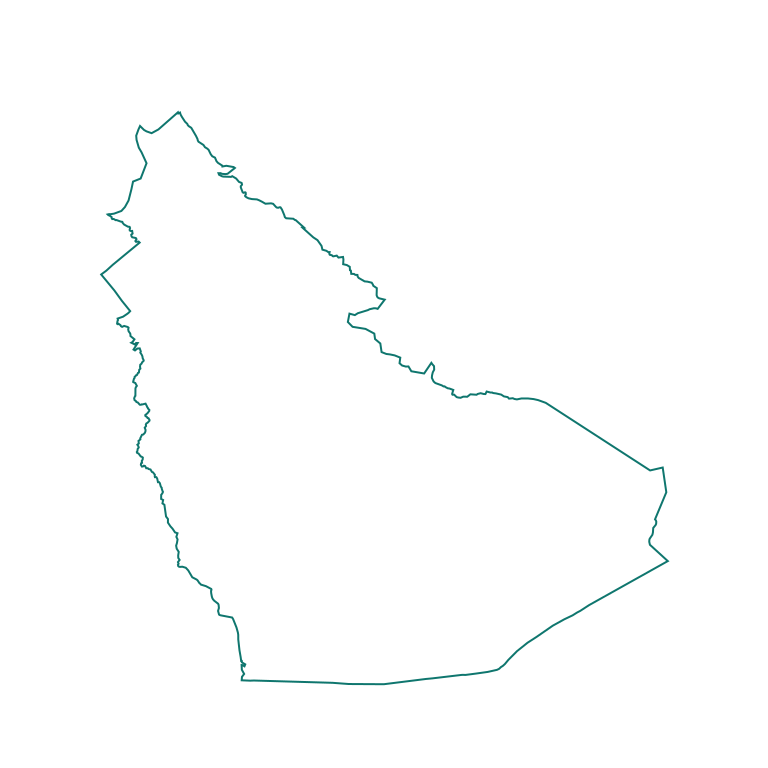 outline of Huixquilucan, México, Mexico, rotated 261°
{"feature_id": "50627088B22281598163621", "entity_name": "Huixquilucan", "entity_type": "district", "adm_level": 2, "iso_a3": "MEX", "parent_name": "Mexico", "parent_adm1": "México", "projection": "mercator", "projection_center": [-99.319, 19.371], "detail": "fine", "context": "isolated", "style": "outline", "palette": "teal", "viewbox_px": 768, "rotation_deg": 261, "n_neighbors": 0, "source": "geoboundaries", "source_scale": "gbopen_adm2", "svg_char_len": 6138}
<svg xmlns="http://www.w3.org/2000/svg" viewBox="0 0 768 768"><g transform="rotate(261 384 384)"><path d="M164.7,636.6L183.6,621.5L186.6,621.3L188.5,621.7L189.6,622.2L193.1,625.5L195.3,626.4L199.7,627.4L202.2,630.2L203.3,630.9L205.4,631.4L206.7,631.2L207.9,630.5L232.9,645.9L257.9,646.2L257.0,633.3L340.1,540.8L344.0,533.7L345.7,529.4L347.2,523.9L348.2,517.4L348.0,512.9L348.8,510.5L349.8,509.0L350.0,505.2L351.7,504.1L353.0,500.5L355.2,498.1L357.2,493.1L358.0,490.4L358.7,489.4L358.9,487.9L360.5,484.2L358.2,482.6L358.5,481.0L359.8,478.0L359.5,474.9L358.9,473.8L360.3,467.7L358.4,464.3L359.1,460.3L358.4,457.5L359.0,455.3L359.7,453.7L362.5,451.6L362.7,450.0L363.5,449.7L367.3,451.5L369.3,447.9L369.8,446.3L371.3,444.3L372.2,443.5L372.3,442.4L373.6,440.9L376.9,434.9L378.7,433.4L382.6,432.2L385.0,432.8L387.9,434.0L390.3,435.8L393.8,436.2L396.0,434.8L397.5,434.1L388.1,425.3L392.3,413.0L397.5,410.9L397.8,408.3L399.4,404.8L402.1,402.6L407.5,404.2L410.6,399.0L412.3,394.5L413.3,391.0L415.9,386.6L424.6,386.7L429.8,382.2L435.3,382.3L441.3,374.4L445.4,361.9L450.9,358.0L458.9,360.9L456.6,366.0L458.0,369.2L459.5,379.7L460.1,381.5L460.4,385.9L460.0,387.9L459.2,389.5L467.2,397.9L469.4,392.6L470.4,391.4L471.3,390.9L472.9,390.6L479.8,391.9L482.7,388.8L483.9,388.6L486.0,387.7L487.7,383.6L488.4,380.9L492.7,375.6L494.2,374.8L495.9,374.8L496.3,372.7L497.4,371.6L497.9,368.9L501.2,369.0L501.7,368.2L505.1,368.5L507.3,365.9L508.7,362.4L513.3,363.4L515.9,363.4L516.0,358.8L518.2,357.4L518.0,354.0L518.3,353.3L519.0,353.0L519.6,352.1L520.0,350.8L520.4,350.5L521.2,350.4L522.8,350.9L522.9,349.7L524.6,347.9L526.3,344.2L530.2,343.9L536.5,340.8L539.9,337.1L551.1,328.0L551.0,329.5L559.7,322.4L560.0,321.6L561.4,320.3L563.0,313.3L564.3,312.2L566.5,311.9L572.3,310.5L574.7,309.4L574.9,308.5L574.6,307.0L575.1,305.6L575.9,304.9L579.3,302.7L580.1,300.7L580.6,295.1L583.2,291.9L585.0,289.4L586.2,287.4L587.3,282.5L588.6,279.2L590.0,277.3L591.1,276.3L591.6,276.2L592.9,277.2L594.7,277.3L595.0,277.0L595.1,276.5L594.8,275.2L595.4,274.4L599.6,273.5L600.9,273.3L601.8,273.5L602.8,274.7L603.3,275.0L604.9,274.8L606.3,272.4L610.1,270.1L613.0,266.6L612.5,265.4L614.0,257.7L614.5,256.5L616.5,253.8L618.1,253.5L617.8,255.6L616.9,256.9L616.1,260.3L616.1,262.4L620.7,270.5L621.8,269.4L624.2,262.4L624.1,258.4L625.0,258.4L628.4,254.6L630.3,253.4L634.0,252.5L635.8,250.0L638.1,248.8L642.7,247.4L644.1,246.3L645.9,244.2L648.3,243.1L652.3,238.7L653.6,238.2L655.2,238.1L658.5,237.1L667.2,233.7L669.2,231.5L670.4,230.7L671.7,230.4L674.2,228.5L679.6,226.1L682.1,225.2L684.0,225.0L683.4,223.2L684.6,223.0L670.7,201.0L668.1,193.7L670.7,188.9L672.5,186.7L677.0,183.4L673.8,181.3L668.0,178.1L663.8,177.8L655.8,178.8L650.7,180.8L639.2,184.0L625.0,175.8L623.2,167.8L615.9,165.0L605.2,160.4L599.3,155.8L596.0,151.7L594.5,144.1L594.5,140.5L594.8,139.0L594.7,137.6L594.0,138.1L592.9,139.7L591.5,141.1L590.3,141.0L589.4,141.4L589.3,142.8L587.8,144.6L587.8,145.4L585.6,149.4L585.1,150.9L584.2,151.0L582.2,152.2L579.5,155.6L579.0,157.3L577.7,157.6L576.6,157.0L575.4,156.9L574.7,157.9L574.6,159.2L571.9,159.2L571.0,157.7L569.5,157.7L568.3,158.3L567.0,161.7L565.8,162.2L564.1,160.8L563.2,161.3L563.1,163.9L561.9,164.8L544.2,134.8L539.4,127.5L536.4,121.8L518.6,132.3L507.0,138.2L495.7,144.7L494.5,143.2L493.6,141.7L491.3,136.8L490.3,131.1L488.8,131.3L487.8,130.6L485.3,129.8L484.7,130.5L485.0,131.2L483.4,132.9L482.2,133.3L481.4,134.3L482.0,136.4L480.4,139.8L479.5,140.5L478.0,139.9L476.0,140.0L474.1,141.0L473.1,141.3L471.0,141.1L467.2,144.5L464.8,142.2L464.3,140.9L462.1,144.0L463.3,145.6L463.0,147.1L457.2,142.0L456.1,143.3L457.6,145.9L457.4,148.3L454.2,148.9L453.1,148.2L451.0,149.2L449.2,149.7L447.1,149.7L445.3,150.3L444.6,150.3L444.2,149.9L443.2,148.4L442.1,147.8L441.2,146.3L439.1,145.7L437.3,145.8L436.4,144.5L433.9,143.8L433.6,143.6L433.4,142.7L431.6,141.5L431.4,140.5L430.6,139.8L430.2,138.9L429.0,138.6L428.4,137.9L425.5,136.6L425.1,136.6L423.9,138.5L420.8,139.6L419.5,138.3L418.4,137.8L411.2,136.6L411.0,136.2L409.0,135.0L407.1,135.1L405.8,136.4L405.0,136.6L404.2,138.0L401.8,139.5L401.5,140.7L401.8,141.5L401.6,142.1L401.9,145.4L399.3,146.3L398.5,146.4L397.5,147.0L396.8,147.0L395.1,148.2L394.1,147.9L392.2,145.9L390.6,143.3L389.6,143.4L388.6,144.6L387.3,145.2L387.1,146.0L385.1,146.8L384.4,146.6L382.7,144.4L382.2,143.1L381.2,142.4L379.7,142.4L378.2,140.8L376.1,141.3L374.9,141.1L373.3,140.3L371.8,138.4L371.7,137.0L368.4,134.7L367.4,134.7L366.2,132.6L363.6,132.5L362.6,130.9L360.8,131.7L359.6,131.8L358.5,130.6L356.3,129.9L355.5,129.2L354.7,129.3L353.7,130.7L350.5,132.4L350.2,133.1L349.1,134.3L347.1,133.8L345.9,132.7L344.0,132.7L343.7,131.7L342.2,131.2L340.3,132.0L340.3,133.2L340.9,134.1L340.3,135.2L338.0,136.0L337.8,137.5L336.9,138.1L336.1,140.0L333.5,141.0L332.9,142.0L330.2,143.5L328.9,143.1L327.8,143.2L327.7,144.4L327.4,144.7L326.0,145.2L322.4,145.4L322.3,146.4L321.1,147.1L317.6,147.5L316.3,148.2L315.3,148.1L312.5,148.6L312.0,148.8L310.6,147.9L309.4,146.6L305.3,145.9L304.0,147.7L300.7,146.5L299.1,148.2L287.2,148.0L284.4,149.5L280.9,148.9L276.8,150.8L274.2,152.5L270.1,154.4L268.9,156.7L265.5,155.0L262.8,155.8L259.3,154.6L256.8,153.4L253.8,153.5L250.3,155.0L246.9,153.9L244.4,153.6L242.2,154.6L240.3,152.6L238.6,153.0L237.7,152.2L236.3,152.3L235.5,153.1L235.2,154.4L235.1,156.2L233.5,159.5L230.5,161.5L223.1,164.4L220.2,168.3L219.3,169.1L216.1,170.6L215.7,171.1L214.5,171.8L212.2,176.5L208.6,181.3L207.7,181.4L206.7,180.8L204.5,180.6L201.1,180.7L199.6,180.9L198.1,181.4L196.4,182.5L192.9,185.8L191.7,186.1L188.6,185.9L185.8,184.6L182.2,185.0L181.7,185.3L181.1,186.4L177.1,197.5L175.4,198.2L166.6,200.2L161.4,200.8L159.1,200.8L154.5,200.1L143.6,199.6L136.6,199.7L132.7,199.6L132.7,200.2L131.2,200.2L128.8,203.1L127.0,202.0L128.5,200.2L128.7,199.4L124.0,198.9L119.5,200.5L117.0,197.9L113.6,197.1L111.9,205.5L111.5,209.0L96.9,286.5L93.2,302.2L87.5,336.9L86.1,379.4L85.7,385.6L84.5,415.8L83.9,419.0L83.6,429.6L83.4,441.4L84.0,450.9L84.7,453.2L86.1,455.2L87.0,457.3L88.5,459.6L92.1,463.7L99.4,473.7L106.0,485.3L110.2,494.8L118.9,512.9L123.4,525.3L126.0,534.1L128.1,539.0L129.2,542.3L133.5,551.9L164.7,636.6Z" fill="none" stroke="#0f766e" stroke-width="2"/></g></svg>